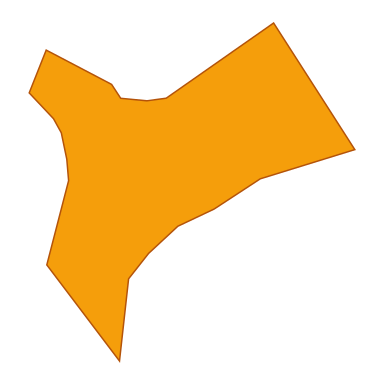 the border of Sveti Andraž v Slovenskih Goricah
{"feature_id": "SVN-268", "entity_name": "Sveti Andraž v Slovenskih Goricah", "entity_type": "Municipality", "adm_level": 1, "iso_a3": "SVN", "parent_name": "Slovenia", "parent_adm1": "", "projection": "mercator", "projection_center": [15.95, 46.517], "detail": "fine", "context": "isolated", "style": "filled", "palette": "amber", "viewbox_px": 384, "rotation_deg": 0, "n_neighbors": 0, "source": "natural_earth", "source_scale": "10m", "svg_char_len": 357}
<svg xmlns="http://www.w3.org/2000/svg" viewBox="0 0 384 384"><path d="M29.2,92.9L46.2,50.1L111.6,84.4L120.7,98.3L146.8,100.8L166.2,98.2L273.6,23.0L354.8,149.6L260.3,178.8L214.2,209.0L177.9,226.2L148.6,253.4L128.6,278.8L119.5,361.0L46.8,264.9L68.6,180.7L66.8,159.3L61.3,132.8L53.5,118.7L29.2,92.9Z" fill="#f59e0b" stroke="#b45309" stroke-width="1.5"/></svg>